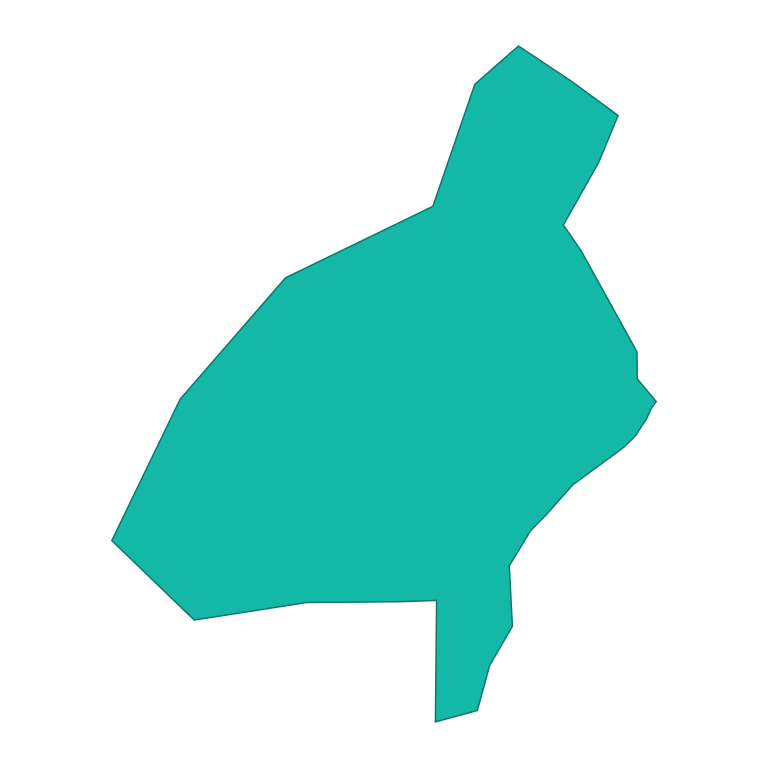 outline of Sainshand, Dornogovi, Mongolia
{"feature_id": "93677404B78585680282689", "entity_name": "Sainshand", "entity_type": "district", "adm_level": 2, "iso_a3": "MNG", "parent_name": "Mongolia", "parent_adm1": "Dornogovi", "projection": "equal_earth", "projection_center": [110.055, 44.624], "detail": "fine", "context": "isolated", "style": "filled", "palette": "teal", "viewbox_px": 768, "rotation_deg": 0, "n_neighbors": 0, "source": "geoboundaries", "source_scale": "gbopen_adm2", "svg_char_len": 571}
<svg xmlns="http://www.w3.org/2000/svg" viewBox="0 0 768 768"><path d="M512.1,51.5L474.8,84.3L432.9,206.3L285.5,277.8L180.2,399.1L111.8,540.6L112.3,541.1L194.2,620.0L306.5,602.5L359.3,602.1L404.1,601.6L436.6,600.4L435.4,721.9L477.3,710.5L489.7,665.4L512.4,626.3L509.3,565.8L530.7,530.5L545.5,515.5L572.8,484.8L612.8,455.4L624.2,446.9L631.2,440.1L636.3,434.7L641.8,425.8L646.0,420.0L651.4,408.3L656.2,401.5L637.2,378.8L637.0,351.9L581.2,250.9L563.4,225.0L598.6,162.6L618.1,115.5L571.0,81.0L518.6,46.1L512.1,51.5Z" fill="#14b8a6" stroke="#0f766e" stroke-width="1.5"/></svg>